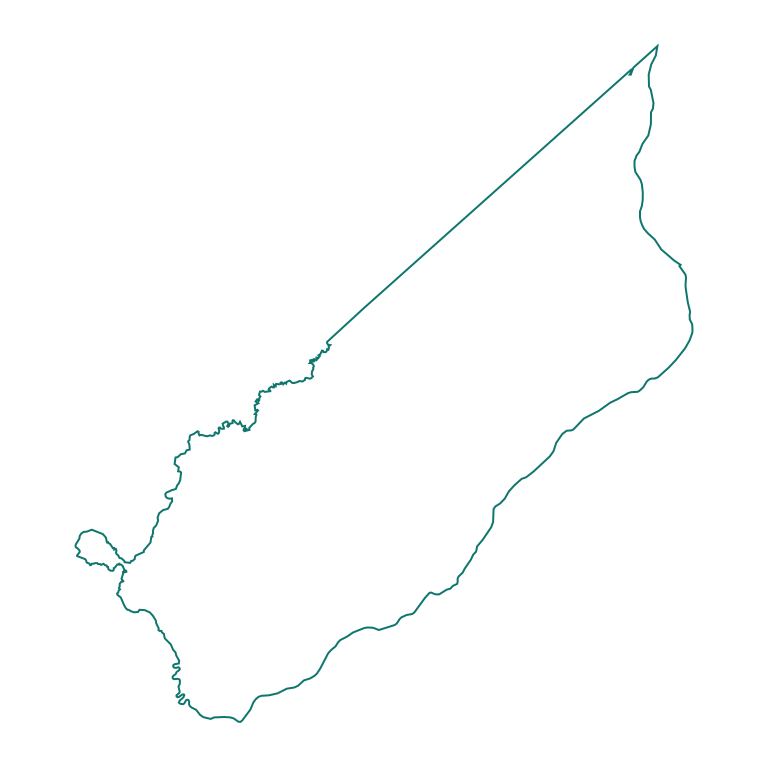 the district of Yondó (Casabe), Antioquia, Colombia
{"feature_id": "7082276B5745739675661", "entity_name": "Yondó (Casabe)", "entity_type": "district", "adm_level": 2, "iso_a3": "COL", "parent_name": "Colombia", "parent_adm1": "Antioquia", "projection": "orthographic", "projection_center": [-74.31, 6.963], "detail": "fine", "context": "isolated", "style": "outline", "palette": "teal", "viewbox_px": 768, "rotation_deg": 0, "n_neighbors": 0, "source": "geoboundaries", "source_scale": "gbopen_adm2", "svg_char_len": 6090}
<svg xmlns="http://www.w3.org/2000/svg" viewBox="0 0 768 768"><path d="M327.1,341.9L327.1,343.1L328.0,344.7L330.2,345.1L328.7,346.4L328.9,348.4L328.4,349.7L327.2,349.1L326.5,351.5L325.4,352.2L323.4,352.1L323.0,350.7L322.0,350.6L320.3,354.2L318.6,355.2L319.8,356.1L318.1,358.3L317.0,357.5L316.4,357.6L316.8,359.7L316.4,360.2L314.4,359.3L314.5,360.8L314.0,361.3L313.2,359.6L310.1,360.4L310.2,361.0L311.8,361.0L312.3,361.5L310.5,361.9L309.7,363.0L311.3,363.0L313.2,364.6L313.9,366.3L313.1,367.7L313.3,369.5L312.1,371.1L311.7,374.3L312.9,376.5L311.1,378.3L309.9,378.7L306.2,377.8L305.1,378.4L305.0,379.8L302.6,381.5L299.1,381.0L298.0,381.9L294.2,383.0L292.2,382.9L289.7,380.6L286.5,382.0L286.2,383.6L284.8,382.7L283.2,384.3L282.3,382.6L281.1,382.4L280.7,382.7L281.3,383.4L281.1,383.9L279.1,384.3L276.2,383.9L275.7,386.2L273.8,384.7L274.0,387.3L272.9,387.4L271.5,386.6L269.1,388.4L268.7,389.4L270.3,390.6L270.3,391.2L264.7,391.9L263.0,390.8L261.7,391.6L260.0,391.6L259.0,395.0L260.4,396.5L259.5,397.5L259.2,400.4L258.5,401.1L257.9,399.3L257.1,399.3L255.6,401.5L258.3,403.3L254.6,405.3L255.3,410.3L257.3,409.8L258.0,410.5L254.8,414.0L256.2,414.3L256.4,414.9L255.7,417.1L255.6,421.3L254.8,422.8L252.5,424.3L249.2,428.0L249.5,429.9L244.4,431.2L243.6,430.2L243.8,429.3L246.3,430.1L247.0,429.8L246.6,428.9L244.7,427.8L245.0,425.9L242.3,426.4L240.0,421.8L238.9,423.9L237.9,424.3L235.3,422.3L234.0,420.5L233.0,420.2L232.5,420.9L232.6,423.1L229.9,423.7L229.0,426.1L228.2,426.8L227.2,426.1L228.6,423.5L227.3,421.6L226.3,421.5L222.7,423.6L223.1,425.9L223.9,427.2L223.9,428.7L221.1,428.8L220.0,427.6L219.0,427.6L218.6,428.3L219.3,431.2L218.8,433.1L217.9,433.8L215.4,432.3L214.6,433.0L214.6,434.6L213.7,435.5L211.8,435.9L210.0,435.4L206.9,436.3L201.0,434.8L199.5,435.4L198.6,433.6L198.6,431.8L197.5,431.3L193.7,434.0L190.6,435.2L189.8,436.2L189.5,440.0L188.1,441.5L189.4,444.7L189.7,449.6L186.6,450.3L185.0,453.4L180.9,454.2L177.7,457.1L175.5,457.5L174.6,464.0L178.8,467.3L178.1,471.3L180.4,471.7L181.1,472.6L180.2,480.0L178.7,483.6L177.3,485.1L175.8,489.0L171.9,490.1L166.4,492.6L165.3,494.2L165.8,496.7L167.1,498.0L169.3,498.7L172.0,498.4L172.1,501.5L170.6,503.4L169.1,507.1L167.7,508.9L163.2,510.0L159.1,513.3L157.6,517.7L158.1,520.8L156.1,525.6L153.7,528.0L152.9,531.3L153.1,532.9L152.2,535.5L152.4,536.6L151.3,537.0L150.5,542.5L143.9,550.3L143.8,552.0L135.7,555.6L134.9,557.0L134.7,559.1L132.6,560.8L131.2,561.0L130.1,562.9L124.6,562.2L124.3,560.9L121.7,558.5L119.5,557.9L118.2,555.4L116.5,554.0L116.0,552.7L116.5,550.7L115.9,549.0L114.3,549.6L114.2,548.0L113.0,548.3L110.0,543.8L108.3,543.1L108.0,542.1L106.9,542.3L105.9,537.6L102.9,534.1L91.7,529.7L86.9,531.6L83.7,531.9L81.3,533.5L79.8,535.8L79.3,538.8L75.9,544.3L75.5,546.0L75.9,547.3L77.8,548.5L79.7,550.8L79.7,552.0L77.1,555.4L77.2,556.1L85.1,559.1L86.0,560.2L86.7,562.5L89.6,563.7L90.3,565.2L91.1,565.0L92.0,563.7L93.9,563.7L95.1,563.1L97.4,563.2L98.1,564.1L100.2,564.1L101.1,564.9L103.5,563.8L105.0,565.2L106.5,565.4L107.1,566.8L108.0,566.9L108.3,568.8L109.0,569.8L110.7,570.7L112.7,570.8L113.6,570.2L113.8,568.1L114.6,567.9L117.4,564.4L118.1,564.6L119.1,563.8L119.6,564.6L120.4,564.3L122.5,565.7L124.5,570.0L126.0,570.7L126.4,571.7L124.2,572.4L123.8,571.0L122.9,572.1L123.2,573.3L121.5,578.9L123.3,581.2L122.6,581.7L121.8,581.2L119.7,583.7L119.7,586.4L118.9,588.1L120.0,589.3L118.7,590.5L118.1,592.8L117.1,593.5L117.4,594.8L120.8,597.5L124.1,605.2L125.9,608.3L127.7,609.9L128.9,609.9L130.8,611.2L134.0,612.3L137.9,612.0L139.5,609.8L144.6,610.1L149.8,612.4L152.8,615.6L155.9,620.7L156.2,623.2L158.7,628.4L158.5,630.1L159.5,630.9L161.5,630.9L161.9,632.4L163.9,633.9L164.5,637.4L165.2,638.8L170.8,644.4L173.2,649.9L175.5,652.4L176.3,655.6L179.2,660.8L178.8,663.5L174.7,664.2L173.4,665.0L173.2,666.4L173.9,667.5L175.8,667.9L178.5,667.3L179.4,667.9L179.8,669.1L179.2,670.2L176.6,672.0L175.5,674.3L173.2,675.8L172.6,677.1L172.8,678.4L174.0,679.2L177.5,678.8L179.4,679.4L179.9,680.4L179.8,683.9L178.5,686.6L179.7,691.7L179.3,693.0L176.5,695.3L176.6,696.5L177.5,697.2L179.0,696.9L182.3,694.5L183.8,694.4L184.3,695.1L183.4,697.4L179.6,700.7L178.9,702.6L180.3,703.8L183.0,704.2L184.2,703.5L186.1,700.2L187.3,699.7L188.4,700.1L189.1,701.4L189.1,704.7L189.8,706.0L191.7,707.6L196.1,709.8L200.1,714.9L203.5,717.2L210.7,718.9L214.2,717.4L224.6,717.0L230.2,717.4L233.7,718.4L238.4,721.7L240.4,721.9L242.2,720.5L250.5,709.4L253.3,702.5L255.8,699.1L258.6,696.8L261.5,695.8L269.1,695.3L277.7,693.3L286.7,688.7L294.3,687.5L298.1,685.7L303.9,680.4L310.2,678.4L314.7,675.7L316.8,673.7L320.2,668.6L328.1,653.4L331.0,650.1L335.5,646.4L338.0,642.4L340.4,640.0L346.9,636.7L353.0,632.5L363.5,628.3L366.9,627.5L371.1,627.6L373.4,627.9L378.9,630.0L394.5,625.1L396.7,623.6L399.8,618.9L401.5,617.3L406.6,615.0L412.2,614.0L414.3,612.5L425.1,597.7L429.4,593.0L430.8,592.5L435.4,594.3L439.1,594.4L446.6,589.7L450.4,588.6L453.0,585.8L457.1,583.9L457.7,581.7L457.6,578.7L458.6,576.5L462.7,572.6L464.6,568.8L470.9,559.6L473.2,554.7L476.1,551.6L477.1,546.4L482.7,539.8L491.2,527.2L493.1,522.1L493.6,509.0L495.3,506.5L500.1,503.5L504.8,498.6L508.8,491.5L514.2,485.5L521.7,478.8L526.1,477.3L533.7,471.4L549.9,456.3L553.5,451.2L556.2,442.9L562.3,434.0L566.7,430.7L571.3,430.4L573.4,429.5L583.9,418.5L598.9,410.8L610.2,402.7L617.1,399.4L627.9,393.2L631.0,392.2L637.7,391.8L639.4,390.8L643.2,387.4L646.7,381.6L648.0,380.3L649.6,379.2L651.8,378.5L654.8,378.5L657.9,377.3L668.6,367.7L675.7,360.2L685.0,348.4L689.5,340.6L692.3,332.9L692.5,330.0L692.2,324.3L689.8,319.5L689.6,315.2L690.1,311.7L687.8,302.4L685.9,289.4L685.5,285.7L686.0,277.7L685.5,274.7L679.4,266.1L680.6,264.9L674.2,260.6L661.2,249.4L654.8,239.6L647.9,233.3L644.1,229.0L642.2,225.2L640.7,221.3L640.0,217.2L640.0,211.4L641.9,205.8L642.7,199.9L642.8,192.6L641.9,184.3L640.5,179.9L635.3,171.8L634.5,166.6L634.5,161.0L636.7,155.3L639.4,151.8L642.4,144.0L648.3,135.5L650.9,124.2L651.0,112.3L652.9,108.8L653.5,103.1L650.8,89.8L649.0,86.5L648.7,74.5L651.3,64.3L655.8,55.5L657.4,46.1L633.4,67.6L630.7,74.7L629.7,74.6L630.9,72.9L630.9,71.3L631.9,69.0L364.1,307.9L327.1,341.9Z" fill="none" stroke="#0f766e" stroke-width="2"/></svg>